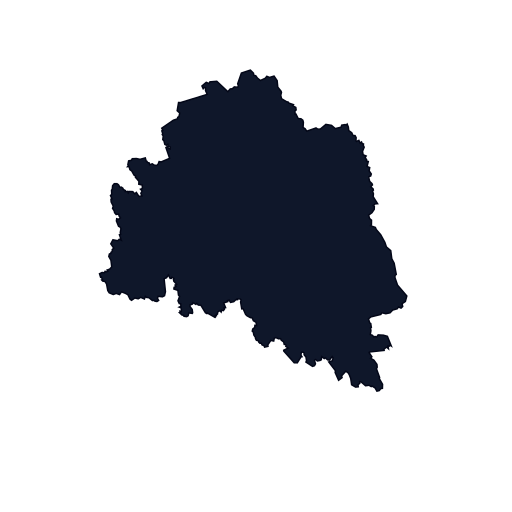 North Burnett, Queensland, Australia (Equal Earth projection), rotated 152°
{"feature_id": "25037944B97560087028013", "entity_name": "North Burnett", "entity_type": "district", "adm_level": 2, "iso_a3": "AUS", "parent_name": "Australia", "parent_adm1": "Queensland", "projection": "equal_earth", "projection_center": [151.493, -25.244], "detail": "fine", "context": "isolated", "style": "filled", "palette": "ink", "viewbox_px": 512, "rotation_deg": 152, "n_neighbors": 0, "source": "geoboundaries", "source_scale": "gbopen_adm2", "svg_char_len": 6151}
<svg xmlns="http://www.w3.org/2000/svg" viewBox="0 0 512 512"><g transform="rotate(152 256 256)"><path d="M118.9,331.3L120.4,329.8L126.2,331.3L128.0,335.9L132.5,339.4L139.6,337.9L141.9,339.0L142.9,340.9L152.6,342.4L152.9,345.4L154.1,347.4L151.4,351.8L150.9,353.9L151.9,356.1L154.2,357.5L154.1,362.6L154.9,362.8L153.5,365.9L152.0,366.1L151.1,368.5L153.1,371.6L151.9,372.1L155.2,375.6L155.4,377.0L156.5,377.7L159.6,382.9L158.7,386.3L156.7,388.5L156.5,389.8L157.5,394.9L155.0,400.9L155.6,406.4L160.2,407.3L162.1,409.6L164.4,408.6L169.7,408.9L171.2,412.4L171.6,415.3L173.1,416.6L172.4,418.6L173.7,422.8L183.0,424.4L191.3,416.7L191.7,414.5L192.9,413.6L195.8,415.5L198.4,414.8L200.3,415.6L203.7,414.3L208.6,428.7L214.9,431.4L216.6,430.4L218.4,432.7L223.9,431.5L224.1,428.5L222.6,429.1L221.6,428.3L222.9,425.7L223.2,421.6L250.6,426.9L252.3,427.9L257.4,421.3L256.2,418.0L258.7,415.2L260.0,415.2L261.0,414.0L265.2,414.7L279.2,413.1L279.2,410.7L280.4,410.7L280.9,407.8L281.8,407.2L281.5,405.6L283.7,402.5L283.2,401.0L284.1,397.3L283.0,395.8L281.4,396.1L282.0,394.1L280.5,392.5L281.5,390.8L282.5,391.7L283.3,394.2L284.6,394.1L286.4,382.8L295.6,383.6L297.2,384.9L299.5,382.9L301.2,382.6L303.2,384.0L304.3,386.1L307.1,386.5L306.6,388.3L308.1,389.8L307.8,390.7L308.4,391.4L307.7,394.6L313.0,395.8L315.8,398.2L319.6,400.0L321.0,399.0L323.8,399.8L326.2,396.9L326.1,395.9L327.5,395.2L326.1,394.5L326.8,391.4L325.8,389.4L325.7,384.6L324.7,383.2L325.5,382.2L324.3,376.9L325.8,374.4L323.1,372.0L324.7,368.9L326.6,369.2L326.0,366.8L328.2,365.5L328.5,362.6L331.4,363.6L331.8,368.3L333.9,367.8L334.6,370.7L338.0,372.7L339.2,371.8L339.2,373.4L341.2,374.2L340.7,375.2L342.0,377.2L341.7,378.2L342.5,380.0L343.9,380.5L344.0,383.5L344.8,385.1L347.2,386.4L349.6,385.4L351.5,382.5L352.7,381.9L354.4,378.2L356.1,377.7L356.3,374.0L357.4,374.2L358.5,371.7L358.6,367.0L360.3,365.4L360.0,362.5L360.5,360.6L360.0,358.3L357.6,357.5L358.1,355.6L357.8,353.3L360.2,353.0L361.5,354.3L362.8,352.5L363.4,346.8L362.4,345.3L362.4,343.5L364.8,340.5L365.3,338.7L366.6,338.9L367.5,333.1L368.9,335.0L370.9,334.4L374.7,337.5L378.5,334.9L377.9,329.7L379.9,329.2L380.7,327.5L382.3,327.3L382.9,326.4L384.5,326.6L386.2,324.7L386.1,320.3L388.5,314.1L391.4,313.1L394.1,313.5L394.0,312.0L395.9,312.3L396.4,313.3L397.8,312.4L399.6,313.7L402.5,313.8L403.2,310.2L402.3,310.0L402.7,307.2L403.5,307.3L403.1,305.8L401.3,304.4L401.1,301.4L403.1,295.1L402.9,292.4L400.1,289.0L397.0,288.6L394.6,286.0L391.6,287.5L388.9,284.4L387.3,282.0L387.5,277.0L386.7,275.3L382.7,275.8L380.1,273.5L377.2,273.6L374.7,270.4L372.7,272.3L372.2,270.9L370.1,269.4L368.4,265.3L366.7,264.6L366.5,263.6L364.8,262.3L362.8,262.5L362.9,264.7L361.4,266.4L357.8,263.9L355.4,263.9L352.7,267.0L347.8,279.1L345.2,278.8L342.3,280.4L342.3,276.5L341.3,276.0L340.5,276.8L339.3,275.6L339.1,274.4L339.8,274.3L340.4,272.3L339.3,268.3L341.1,268.3L340.9,266.6L343.0,266.8L344.0,265.4L341.1,262.3L342.8,257.9L342.4,256.2L345.9,253.1L346.1,250.0L344.9,249.2L345.9,246.8L347.8,246.9L346.5,245.4L347.0,243.9L348.1,242.0L349.0,243.0L349.5,241.9L350.2,242.0L349.1,238.7L347.7,237.6L347.9,236.6L345.7,235.0L344.0,235.1L342.0,237.3L339.2,235.2L338.6,235.6L337.4,238.8L338.0,242.3L337.4,243.7L334.6,243.4L333.5,244.4L331.8,241.5L330.5,242.0L330.0,239.8L327.8,238.4L327.3,229.6L326.4,228.2L325.7,228.5L321.0,221.0L320.2,221.3L320.1,222.5L318.9,222.0L318.5,223.0L317.3,222.8L316.0,224.6L313.5,224.7L313.1,222.9L311.7,224.3L310.4,223.1L308.7,224.0L308.6,225.2L307.1,224.7L306.6,229.7L302.3,229.0L302.2,230.1L300.4,229.7L300.3,227.0L297.1,226.1L294.4,226.9L292.9,226.2L292.6,227.0L290.2,225.5L289.7,224.3L291.2,222.6L293.4,216.0L292.1,215.5L292.6,209.4L292.1,207.6L289.9,204.2L288.4,203.2L288.7,200.1L287.1,197.5L288.1,194.3L289.5,195.3L290.7,193.5L293.1,193.1L294.6,191.4L294.1,190.0L295.0,187.3L294.7,184.3L295.2,183.3L295.2,181.4L293.6,179.9L294.0,178.7L293.5,177.1L292.2,176.5L292.4,174.7L291.0,173.0L291.2,171.5L287.8,170.6L287.3,172.0L282.6,174.5L280.3,172.6L278.5,174.8L276.7,174.6L275.0,172.3L273.1,171.5L273.2,169.8L271.9,167.1L272.6,164.7L271.6,164.0L271.4,162.7L272.1,162.2L270.8,159.6L275.8,159.8L276.1,159.0L272.4,143.8L269.7,142.3L263.6,145.8L262.7,145.5L262.9,147.3L261.2,149.7L259.8,149.2L259.0,147.7L259.9,146.2L259.3,143.4L260.5,139.9L261.7,138.9L257.9,132.0L255.9,131.7L254.1,132.9L253.4,136.4L252.7,136.7L251.9,136.6L251.1,134.5L248.4,133.7L247.2,133.7L245.2,136.3L243.9,133.4L242.6,133.6L241.5,130.6L240.0,129.6L236.0,131.4L235.8,129.8L238.0,127.6L241.5,128.3L239.7,117.4L240.8,116.0L241.4,107.5L237.1,108.2L236.7,110.0L230.8,112.1L229.5,109.6L229.4,107.3L229.9,103.3L232.0,97.4L229.6,93.5L227.1,92.5L226.4,94.4L224.1,94.9L223.4,96.4L222.3,95.5L220.2,90.0L216.9,88.8L215.6,86.6L214.6,86.7L212.8,83.6L212.7,79.9L210.3,79.3L208.3,80.3L206.5,79.8L204.5,83.3L204.7,89.8L203.9,90.7L202.6,99.9L201.2,100.9L200.1,103.5L200.8,108.7L202.8,111.9L201.0,112.6L201.5,117.6L200.9,118.0L187.2,112.5L187.0,113.5L184.3,114.2L183.3,113.9L182.6,112.0L181.7,114.6L180.5,113.8L179.4,114.2L178.8,113.1L177.7,123.4L180.7,126.3L185.2,129.0L187.6,127.8L188.7,129.1L189.9,128.9L190.4,131.3L192.0,133.0L189.6,136.1L188.6,138.8L187.7,138.8L186.4,142.5L187.0,143.5L186.2,147.7L183.2,148.3L173.3,145.8L171.4,146.7L168.5,144.1L164.3,142.9L160.7,144.1L156.1,143.1L154.1,144.1L152.4,141.9L150.2,142.5L149.4,145.3L145.5,145.7L141.6,149.9L144.7,163.8L143.5,171.5L142.5,173.5L140.8,173.9L137.4,184.8L137.4,189.8L134.5,197.5L136.6,202.8L135.8,207.6L135.9,216.3L137.4,222.9L137.2,225.2L140.6,229.0L139.3,229.6L137.2,233.4L138.1,235.8L137.4,239.2L133.3,239.8L129.7,241.7L128.2,244.3L128.8,245.6L126.4,246.1L124.1,245.1L124.7,253.4L123.1,255.8L122.6,258.9L121.5,259.0L121.1,260.3L122.2,263.3L119.8,264.1L119.6,265.5L120.6,268.5L119.7,272.1L118.9,273.1L117.2,272.8L115.7,274.3L116.1,278.1L114.1,280.7L115.9,282.9L112.5,286.7L113.9,288.2L113.1,289.2L113.5,291.6L111.8,292.6L113.9,295.1L112.8,298.4L109.4,301.3L109.3,303.5L108.5,304.4L109.5,305.7L109.3,307.1L111.0,306.8L110.9,309.8L113.5,310.0L113.6,311.0L112.0,313.5L112.0,315.8L113.8,316.9L113.6,319.9L115.2,323.2L113.9,326.6L113.6,329.7L114.9,329.2L115.6,330.2L118.9,331.3Z" fill="#0f172a" stroke="#020617" stroke-width="1.5"/></g></svg>